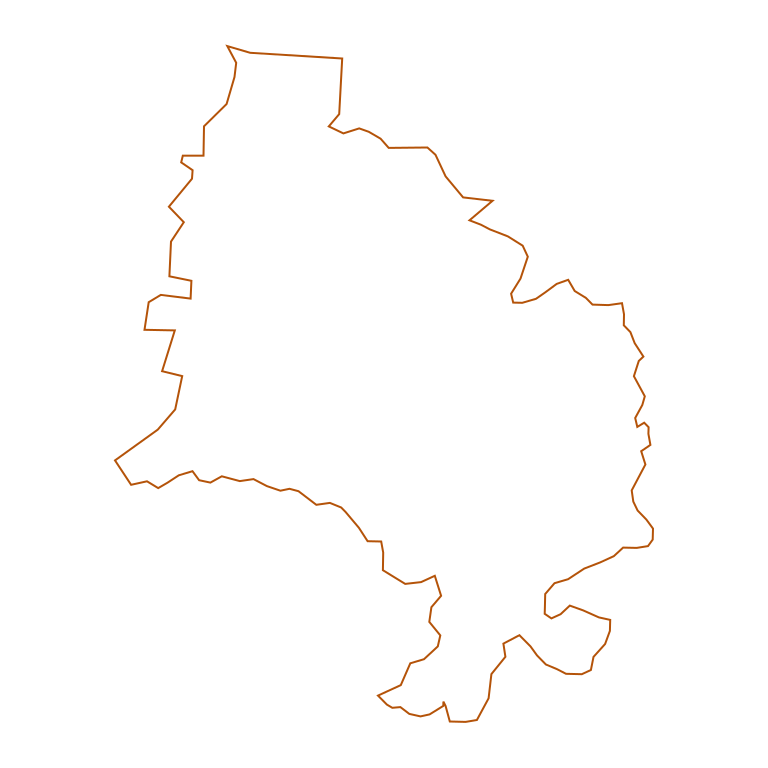 Koshrabad, Samarkand, Uzbekistan
{"feature_id": "79887680B475609361313", "entity_name": "Koshrabad", "entity_type": "district", "adm_level": 2, "iso_a3": "UZB", "parent_name": "Uzbekistan", "parent_adm1": "Samarkand", "projection": "natural_earth1", "projection_center": [66.556, 40.341], "detail": "fine", "context": "isolated", "style": "outline", "palette": "amber", "viewbox_px": 768, "rotation_deg": 0, "n_neighbors": 0, "source": "geoboundaries", "source_scale": "gbopen_adm2", "svg_char_len": 2078}
<svg xmlns="http://www.w3.org/2000/svg" viewBox="0 0 768 768"><path d="M131.1,484.8L147.0,481.3L158.2,488.1L167.5,482.7L178.8,475.3L192.5,471.2L199.1,480.2L210.4,482.6L221.8,476.3L239.8,481.1L253.5,479.1L266.9,486.1L280.4,490.7L289.5,488.8L298.5,491.2L316.3,504.8L329.9,502.9L341.2,507.5L345.6,512.0L358.9,527.8L367.6,541.2L381.2,541.5L383.2,552.6L382.9,570.2L405.2,583.9L421.1,582.1L434.8,575.8L441.1,595.8L431.4,607.2L429.3,621.9L440.3,635.4L437.8,646.4L424.0,659.2L410.3,663.3L400.8,685.1L387.1,691.4L378.0,695.6L386.9,704.6L392.3,707.8L400.4,707.1L409.3,713.9L420.5,716.4L429.6,714.4L443.3,705.9L443.4,701.6L445.6,706.0L449.8,721.5L465.6,721.9L476.9,720.0L488.6,698.3L491.4,674.1L505.4,656.8L503.4,643.6L519.4,635.2L530.5,646.4L537.0,655.4L545.9,664.5L557.1,669.2L566.0,673.8L581.8,674.2L590.9,670.0L593.5,656.9L605.1,644.0L609.9,630.9L610.2,619.9L598.9,617.4L583.2,610.4L569.8,605.6L560.6,614.2L551.4,618.4L544.7,613.8L544.9,607.2L545.2,594.0L554.5,583.2L568.1,579.2L584.2,568.6L600.2,562.4L613.9,556.1L623.1,547.6L636.7,547.9L648.0,546.1L652.7,539.6L653.0,528.6L646.4,519.6L637.6,510.5L633.3,501.6L631.7,490.4L645.4,464.5L641.2,451.2L650.4,444.9L648.4,433.8L648.6,427.2L644.2,422.7L637.3,426.9L635.2,418.0L642.3,405.0L644.8,396.3L633.9,376.2L638.8,360.9L643.4,356.6L634.7,343.2L630.4,332.1L623.8,325.3L624.0,314.3L622.0,303.2L608.4,305.1L592.5,304.6L585.9,297.9L574.7,291.0L568.2,279.8L556.7,283.9L545.2,292.4L536.0,298.8L522.3,302.8L513.2,302.6L511.1,293.7L520.5,278.6L527.8,256.7L522.7,245.7L507.9,236.4L489.9,229.4L480.9,224.7L469.5,220.3L492.5,200.8L463.1,197.4L445.6,176.4L435.5,154.8L427.4,147.5L388.7,147.9L380.6,138.7L368.8,131.8L359.2,128.4L343.4,133.4L328.8,126.4L339.2,114.1L342.2,58.5L250.2,52.8L227.3,46.1L236.2,62.8L234.5,77.0L226.6,104.0L204.0,126.3L203.5,155.7L182.8,155.7L181.2,162.4L192.6,170.2L192.0,178.7L168.9,206.7L183.8,222.2L171.0,241.6L169.4,276.3L191.4,280.8L190.6,298.6L160.8,294.9L148.7,302.2L144.5,329.8L174.8,330.4L162.1,371.2L182.2,376.1L175.2,409.4L157.8,429.6L115.0,460.4L131.1,484.8Z" fill="none" stroke="#b45309" stroke-width="2"/></svg>